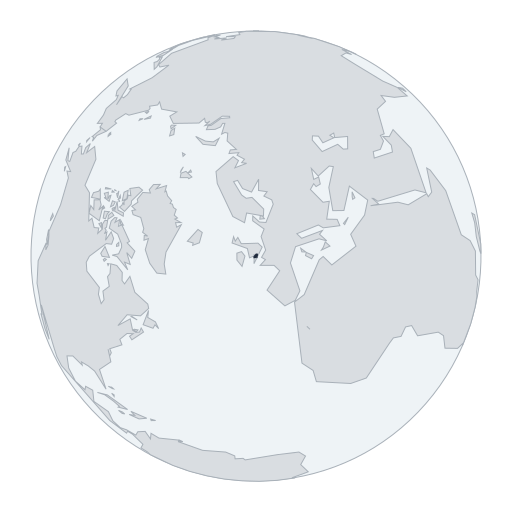 Somerset on an orthographic globe, rotated 311°
{"feature_id": "GBR-2047", "entity_name": "Somerset", "entity_type": "Administrative County", "adm_level": 1, "iso_a3": "GBR", "parent_name": "United Kingdom", "parent_adm1": "", "projection": "orthographic", "projection_center": [-2.947, 51.075], "detail": "fine", "context": "on_globe", "style": "filled", "palette": "slate", "viewbox_px": 512, "rotation_deg": 311, "n_neighbors": 0, "source": "natural_earth", "source_scale": "10m", "svg_char_len": 11011}
<svg xmlns="http://www.w3.org/2000/svg" viewBox="0 0 512 512"><g transform="rotate(311 256 256)"><circle cx="256" cy="256" r="225" fill="#eef3f6" stroke="#a8b0b8"/><path d="M43.4,330.6L36.7,306.5L36.9,302.5L35.7,295.1L39.7,294.2L40.5,279.7L39.5,274.1L37.4,274.5L35.9,253.5L37.8,239.7L45.7,181.1L49.3,171.9L53.7,164.6L78.3,126.0L57.4,154.6L62.8,144.3L71.2,131.8L71.6,132.6L84.0,118.2L91.8,108.6L109.5,94.7L128.3,89.0L122.7,93.3L127.9,91.9L135.2,86.6L138.7,83.6L166.4,74.9L191.8,63.2L196.1,57.6L198.1,60.7L203.7,49.5L215.1,44.0L204.5,51.5L205.2,53.4L214.1,50.0L216.7,51.3L222.5,50.6L224.8,52.5L218.4,57.3L219.8,58.8L226.0,56.4L232.2,57.2L222.9,60.4L232.8,62.4L224.0,71.7L197.2,80.5L194.5,88.8L172.7,106.8L176.9,107.4L171.3,115.2L174.0,119.0L169.2,121.7L175.5,122.4L179.4,119.2L183.5,118.6L185.5,120.7L179.7,124.3L177.8,123.8L177.2,126.0L173.4,127.0L176.4,127.7L169.1,132.1L179.2,130.9L175.8,137.1L170.2,139.3L167.1,134.8L146.5,130.4L139.9,132.0L133.6,138.3L129.5,158.4L123.7,162.2L118.5,170.4L123.3,170.0L129.1,163.5L136.8,165.2L143.0,157.5L147.0,157.3L154.8,151.5L157.5,157.1L155.9,165.8L149.6,171.0L148.7,175.1L157.9,174.2L149.1,188.4L148.7,205.9L146.0,209.4L135.1,208.1L127.1,197.3L112.9,197.4L126.0,202.3L119.0,211.6L119.5,215.4L122.2,218.0L126.3,216.6L124.8,221.0L111.3,217.3L112.5,213.2L116.8,214.3L112.9,209.5L103.8,207.9L101.0,213.1L90.1,206.5L88.0,210.3L84.4,211.2L88.6,205.5L80.9,215.9L67.7,212.3L57.1,230.2L63.3,209.7L63.0,201.6L61.6,193.8L59.6,196.5L60.4,183.4L56.6,178.9L48.6,188.1L43.1,201.8L42.9,214.7L45.9,212.9L47.6,220.8L39.9,229.1L41.7,246.7L37.7,256.1L37.4,266.1L39.9,272.3L42.0,282.8L45.8,282.1L50.9,287.4L48.7,296.4L53.3,293.1L54.9,302.2L66.4,318.5L64.9,319.3L74.3,343.2L88.1,361.7L91.2,371.1L89.2,373.3L94.8,379.0L95.0,381.6L120.5,402.8L136.2,417.0L137.5,424.6L127.9,426.6L127.4,437.0L112.2,428.6L114.0,430.8L113.7,430.7L100.4,419.0L88.1,406.3L76.9,392.6L66.7,378.2L57.7,362.9L49.9,347.1L43.4,330.6ZM53.6,234.9L55.9,259.8L51.5,251.1L52.9,251.5L53.0,243.9L52.0,232.8L49.0,225.8L53.6,234.9ZM61.5,233.6L60.8,230.0L61.9,232.8L61.5,233.6ZM139.9,82.1L135.0,86.4L127.5,90.9L131.2,87.1L139.9,82.1ZM154.6,74.8L153.1,76.9L147.5,77.7L150.1,76.2L154.6,74.8ZM198.6,53.7L194.2,55.8L197.6,53.3L198.6,53.7ZM222.9,50.1L223.3,49.2L226.1,49.3L222.9,50.1ZM152.8,148.9L153.8,150.2L151.8,150.6L152.8,148.9ZM155.3,145.3L152.4,144.9L153.1,143.1L154.9,143.4L155.3,145.3ZM232.2,52.5L236.6,53.1L231.1,53.2L232.2,52.5ZM158.8,146.3L154.8,140.1L156.1,137.1L164.1,135.8L158.8,146.3ZM238.5,54.0L249.2,55.8L251.1,53.7L251.8,61.1L242.5,56.8L235.3,57.2L239.1,55.6L238.5,54.0ZM179.8,117.4L175.8,120.8L177.3,116.2L179.8,117.4ZM179.8,114.6L178.7,102.0L185.7,98.2L184.6,103.1L192.2,97.0L196.1,101.4L192.9,105.7L187.6,107.1L193.1,107.8L179.8,114.6ZM250.5,65.0L252.2,66.4L249.2,65.9L250.5,65.0ZM185.3,118.0L184.4,115.7L190.4,112.2L193.2,116.3L190.4,116.1L185.3,118.0ZM192.3,93.4L197.2,91.8L201.7,94.8L204.3,94.6L196.8,101.2L192.3,93.4ZM190.0,117.9L194.4,118.5L193.4,122.1L186.5,120.1L190.0,117.9ZM190.8,109.6L193.8,108.2L193.0,110.3L190.8,109.6ZM192.3,135.6L191.1,132.6L194.2,130.5L192.3,135.6ZM196.2,118.6L196.5,117.3L197.6,116.2L200.2,117.4L196.2,118.6ZM200.5,103.0L201.4,104.7L203.8,100.4L207.3,102.7L201.7,106.8L205.6,106.0L206.7,106.7L200.9,109.3L200.5,103.0ZM206.1,115.4L200.1,121.8L201.6,127.7L198.9,129.7L197.1,119.8L206.1,115.4ZM203.5,111.5L204.5,114.3L200.7,115.2L197.7,113.9L203.5,111.5ZM211.7,102.9L207.8,98.3L209.1,97.6L211.7,102.9ZM207.2,116.9L208.6,115.4L207.8,117.2L207.2,116.9ZM211.2,107.0L209.6,105.4L211.2,104.6L211.2,107.0ZM212.7,113.8L210.8,115.7L208.7,114.8L212.7,113.8ZM212.6,110.5L215.2,109.8L209.1,113.3L211.7,109.9L212.6,110.5ZM212.9,106.5L213.4,105.5L213.4,107.3L212.9,106.5ZM221.8,116.4L214.6,120.9L210.0,118.8L217.6,114.6L221.8,116.4ZM468.7,181.8L469.5,184.7L473.0,195.3L474.0,199.3L472.2,193.1L468.2,185.3L470.8,196.0L468.3,190.7L463.1,188.9L465.6,204.4L471.2,237.0L475.9,252.1L476.0,265.1L466.6,256.4L459.2,245.1L457.7,252.3L446.4,251.1L432.3,272.6L428.6,270.7L426.4,276.8L418.1,279.9L411.7,276.0L407.5,281.0L424.0,290.8L428.4,285.4L429.5,273.2L433.5,278.3L441.3,276.5L438.9,302.2L415.3,342.9L410.1,332.6L377.2,312.0L376.6,307.1L376.4,306.7L375.8,306.0L375.7,314.5L369.1,309.5L389.7,327.8L394.5,337.3L415.0,344.0L413.8,347.1L419.5,346.7L434.4,327.1L435.1,331.1L429.8,356.3L406.7,397.0L408.1,407.5L403.7,418.3L385.7,434.3L383.7,439.2L373.9,445.9L370.9,448.9L361.0,455.0L345.8,462.5L323.8,470.6L325.2,469.4L318.5,468.7L310.4,459.1L318.9,449.8L318.1,443.5L301.8,430.3L305.6,419.1L300.6,415.4L290.5,418.2L284.3,413.4L278.0,413.9L236.3,419.3L221.9,411.1L200.8,384.0L207.1,374.2L205.3,361.0L246.5,315.3L258.5,317.7L294.6,306.2L299.7,307.0L299.0,319.1L329.0,325.0L334.5,313.2L358.1,311.1L371.5,303.6L370.0,280.6L348.0,292.5L340.6,284.2L355.5,266.0L374.2,255.7L371.9,252.2L357.2,250.5L358.4,240.3L351.7,249.3L356.7,251.5L352.5,257.3L347.8,255.8L348.4,252.1L341.9,253.4L340.5,271.3L345.4,275.4L330.2,285.2L336.9,293.2L333.9,299.4L321.4,288.3L320.3,282.7L299.6,272.2L299.3,278.8L318.9,289.4L314.1,289.7L313.9,299.5L310.3,292.3L289.0,279.7L273.3,286.6L258.5,312.0L248.3,314.7L237.3,310.5L237.5,286.7L260.4,283.6L260.8,275.8L251.7,265.3L259.5,265.5L258.6,261.1L266.8,259.4L274.0,247.1L281.7,244.4L280.4,230.4L284.1,227.3L283.9,236.3L287.8,241.5L306.4,235.0L308.7,231.0L306.4,222.6L311.8,222.2L307.1,214.9L315.7,207.6L301.3,210.7L298.1,201.6L301.0,192.5L297.4,190.3L292.6,205.2L293.1,210.7L297.6,214.5L296.5,231.0L291.1,235.4L282.3,220.7L273.6,225.5L270.6,212.6L285.3,179.2L293.5,170.4L316.0,173.6L316.5,180.2L308.7,182.2L319.8,188.1L317.0,183.9L321.5,183.8L319.6,175.6L322.7,175.2L315.6,168.4L319.2,167.0L323.6,171.3L323.9,158.7L330.2,154.1L328.8,151.5L325.4,150.1L335.7,145.5L334.2,143.8L330.2,144.6L324.7,142.0L318.8,135.7L322.7,134.4L325.3,136.5L336.7,139.3L343.1,145.5L344.1,144.4L339.4,138.8L325.6,135.3L320.9,131.9L327.5,132.6L324.8,132.0L323.7,130.0L326.2,126.9L319.0,125.8L301.8,106.6L305.0,99.2L312.8,101.7L304.9,88.4L309.1,82.1L305.5,82.7L299.2,77.4L297.8,79.3L295.6,79.3L278.9,67.7L278.0,64.3L266.6,61.0L264.8,61.4L264.8,63.6L251.8,61.1L251.1,53.7L255.4,53.0L252.0,49.3L262.3,48.4L269.2,46.2L282.4,48.0L286.8,46.6L284.9,45.3L289.4,42.8L305.1,42.5L300.5,48.0L278.6,51.5L288.3,50.3L288.5,52.3L293.4,53.1L300.0,52.4L299.3,51.2L322.2,60.6L342.9,65.1L335.6,59.5L336.5,56.9L353.6,59.3L387.7,78.0L389.2,76.6L392.9,78.6L399.6,84.2L394.4,81.3L396.3,84.4L392.4,82.2L401.4,90.8L396.1,88.1L405.7,96.6L407.9,96.5L401.9,89.5L412.5,98.6L413.3,96.4L419.3,101.3L437.9,123.2L448.0,138.7L449.9,141.6L450.8,144.0L456.7,154.9L458.3,156.8L468.7,181.8ZM236.3,340.5L236.1,344.7L236.1,344.8L236.3,340.5ZM397.0,254.9L406.3,246.7L397.0,237.7L399.8,234.0L395.6,232.5L396.3,237.2L385.3,232.2L387.4,224.5L383.7,219.8L380.4,222.4L378.2,237.4L393.9,244.4L393.9,251.7L397.0,254.9ZM66.8,318.9L67.9,322.6L65.9,320.1L66.8,318.9ZM49.3,253.5L50.6,257.3L50.7,260.6L49.4,258.3L49.3,253.5ZM63.8,283.5L66.0,288.2L63.0,284.9L63.8,283.5ZM56.7,263.5L61.9,280.0L56.3,274.6L53.2,264.2L56.2,269.1L56.7,263.5ZM57.7,237.1L58.1,240.1L56.9,241.1L57.7,237.1ZM62.3,235.7L61.9,235.0L62.3,232.5L62.3,235.7ZM119.8,211.8L120.9,212.2L122.8,215.5L120.5,215.3L119.8,211.8ZM140.3,223.3L137.3,230.2L137.8,224.9L133.9,225.7L130.1,215.9L144.4,210.6L138.6,214.6L140.3,223.3ZM129.0,201.9L129.8,208.3L128.3,201.5L129.0,201.9ZM245.6,239.7L249.8,242.2L248.7,247.7L239.0,252.3L240.4,244.3L245.6,239.7ZM256.0,244.6L250.1,229.4L255.9,226.4L253.6,230.6L258.1,230.1L255.6,236.8L267.0,249.1L266.8,254.8L248.9,259.5L254.9,254.6L250.4,252.3L256.0,244.6ZM224.6,200.0L222.1,194.5L238.0,194.8L238.5,200.0L228.8,204.6L222.5,201.2L224.6,200.0ZM173.7,145.8L171.7,144.4L173.3,143.2L176.3,143.5L173.7,145.8ZM191.5,134.4L184.0,151.0L181.4,150.1L180.2,161.4L172.7,163.7L173.8,156.2L167.1,166.6L165.1,160.8L161.4,168.3L164.4,151.4L162.3,146.9L167.5,150.9L174.4,148.9L176.8,146.7L181.8,137.2L180.7,127.0L187.3,123.8L192.4,124.2L193.6,126.1L188.9,127.5L194.0,129.2L188.2,132.7L191.5,134.4ZM247.2,136.7L241.2,136.6L250.5,142.3L244.7,145.1L246.1,145.6L243.3,149.9L242.4,156.1L239.3,156.7L240.3,158.9L238.4,161.9L238.8,165.2L233.2,167.5L233.2,171.8L230.6,170.5L232.0,177.4L228.4,173.4L225.7,177.2L230.6,179.1L199.9,185.5L189.7,192.0L183.2,199.8L178.0,192.4L180.8,180.6L188.1,168.3L198.6,163.4L194.4,161.1L198.2,158.2L199.9,161.2L199.5,154.9L203.0,153.4L209.5,143.7L206.6,136.1L208.9,132.5L211.8,134.8L212.0,129.7L219.1,131.6L220.9,129.2L229.7,128.9L234.3,135.0L236.0,131.9L242.7,131.8L247.2,136.7ZM224.2,116.5L231.1,122.5L231.3,127.2L215.9,125.9L213.3,127.8L203.4,127.5L203.4,120.9L206.2,121.5L208.9,120.6L207.9,123.0L210.8,120.4L214.7,121.3L218.1,119.6L219.4,122.0L224.2,116.5ZM303.4,301.5L307.0,301.0L312.1,299.0L312.0,305.3L303.4,301.5ZM288.8,293.1L291.7,291.6L294.1,299.2L290.4,299.8L288.8,293.1ZM291.2,284.6L291.7,291.0L289.2,287.9L291.2,284.6ZM286.3,234.7L289.2,232.8L290.3,234.5L289.7,237.9L286.3,234.7ZM273.6,155.8L270.2,154.5L270.5,153.2L265.4,147.4L269.3,145.1L273.9,147.6L273.6,155.8ZM367.5,286.4L364.8,292.5L362.2,291.8L363.7,289.8L367.5,286.4ZM338.0,300.6L345.8,300.2L337.9,302.3L338.0,300.6ZM277.0,152.2L274.5,150.1L278.0,150.3L277.0,152.2ZM271.9,143.1L275.7,142.7L269.2,144.1L271.9,143.1ZM430.6,393.9L412.6,417.7L405.3,424.2L406.7,421.6L415.2,409.5L424.6,399.2L430.0,390.7L430.6,393.9ZM476.4,252.6L478.8,256.5L478.5,261.6L476.4,252.6ZM452.0,145.0L454.6,149.9L453.6,148.3L449.7,141.2L452.0,145.0ZM428.0,110.5L424.0,105.9L425.3,107.4L428.0,110.5ZM306.7,132.0L309.5,142.4L314.1,148.9L320.7,150.9L312.6,152.9L305.5,142.7L306.7,132.0ZM302.0,109.7L296.2,108.5L297.9,106.4L299.4,106.4L302.0,109.7ZM299.2,110.8L293.7,114.3L289.9,112.0L294.9,109.6L299.2,110.8ZM285.6,132.8L286.2,135.9L283.3,135.6L285.6,132.8ZM387.8,73.5L385.9,72.5L381.7,69.5L384.2,71.0L387.8,73.5ZM366.4,59.8L380.0,68.4L390.7,76.1L389.5,74.9L395.7,79.4L395.1,79.6L384.5,72.0L377.2,66.7L372.0,63.9L364.1,59.4L359.4,57.9L354.6,55.6L356.6,55.5L366.4,59.8ZM357.7,57.5L346.7,54.5L340.7,50.5L341.7,50.2L349.3,53.1L352.0,55.1L357.7,57.5ZM342.3,52.7L344.8,54.7L333.9,57.1L330.1,56.7L335.2,52.1L337.9,53.8L341.6,54.1L342.3,52.7ZM253.9,65.3L252.3,66.3L252.2,64.8L253.9,65.3ZM295.0,80.4L291.9,80.1L291.9,78.3L295.0,80.4ZM283.4,78.4L285.6,80.7L281.7,78.8L283.4,78.4ZM290.8,85.9L285.7,81.9L292.9,85.0L290.8,85.9Z" fill="#d9dde1" stroke="#a8b0b8" stroke-width="1"/><path d="M254.1,255.3L254.3,255.4L254.5,255.4L254.8,255.5L255.2,255.5L255.4,255.5L255.5,255.5L255.8,255.4L255.8,255.5L255.9,255.4L255.9,255.1L256.0,255.2L256.3,255.1L256.5,255.0L256.8,255.1L257.0,255.1L257.3,255.2L257.5,255.1L257.7,255.3L257.7,255.5L257.5,255.8L257.5,256.0L257.4,256.2L257.4,256.3L257.5,256.3L257.4,256.4L257.3,256.5L257.2,256.5L257.2,256.4L256.9,256.4L256.9,256.5L256.7,256.7L256.6,256.8L256.4,256.9L256.1,256.9L256.0,257.0L256.0,256.9L255.9,256.8L255.7,256.8L255.8,256.7L255.6,256.7L255.4,256.6L255.5,256.5L255.3,256.5L255.2,256.5L255.1,256.4L254.9,256.3L254.9,256.2L254.7,256.1L254.6,256.3L254.4,256.2L254.2,256.0L254.0,255.9L253.9,255.8L253.8,255.7L254.0,255.6L254.1,255.4L254.1,255.3Z" fill="#64748b" stroke="#1e293b" stroke-width="1.5"/></g></svg>